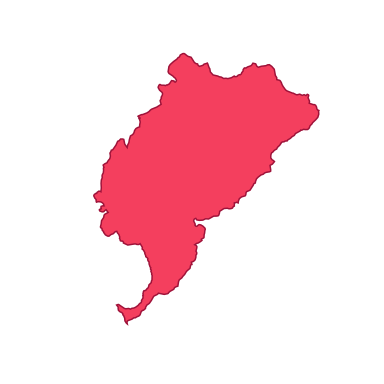 the district of Rastolita, Mures, Romania, rotated 20°
{"feature_id": "2599482B10826612307233", "entity_name": "Rastolita", "entity_type": "district", "adm_level": 2, "iso_a3": "ROU", "parent_name": "Romania", "parent_adm1": "Mures", "projection": "mercator", "projection_center": [25.011, 47.006], "detail": "fine", "context": "isolated", "style": "filled", "palette": "rose", "viewbox_px": 384, "rotation_deg": 20, "n_neighbors": 0, "source": "geoboundaries", "source_scale": "gbopen_adm2", "svg_char_len": 6032}
<svg xmlns="http://www.w3.org/2000/svg" viewBox="0 0 384 384"><g transform="rotate(20 192 192)"><path d="M176.3,338.1L175.5,336.8L175.4,335.5L175.8,334.8L179.1,332.0L180.3,330.2L181.9,329.5L182.7,328.3L184.5,326.7L185.2,325.3L185.2,321.7L186.0,320.2L186.8,319.7L187.7,318.3L188.1,317.2L187.8,316.0L188.4,313.3L189.0,312.7L190.0,311.2L190.9,307.9L191.6,303.5L192.0,302.6L194.2,300.4L194.8,299.5L195.0,298.6L200.9,297.7L203.7,296.0L204.3,295.4L204.4,294.7L205.3,292.9L208.1,289.7L208.3,287.8L209.5,286.4L210.9,285.4L210.0,280.7L210.1,278.8L211.8,276.2L212.2,274.5L213.3,272.0L213.9,268.8L214.4,267.6L216.2,264.5L215.8,261.4L216.1,260.4L216.7,260.1L215.4,258.2L217.2,256.6L218.1,254.7L218.0,252.2L217.3,250.0L217.6,248.9L217.4,247.8L216.9,247.0L216.0,246.3L215.6,242.8L215.2,241.5L214.2,240.8L212.6,240.6L214.0,238.6L215.2,237.9L217.0,235.6L217.9,234.1L217.1,233.6L216.9,233.2L218.7,231.1L218.8,230.6L218.0,228.0L217.9,226.3L217.3,223.9L217.2,222.5L216.6,221.6L214.1,220.4L211.6,219.9L209.8,220.2L209.3,220.8L208.3,222.6L207.2,222.8L206.1,222.1L206.0,221.1L203.5,218.7L203.3,217.5L203.5,216.5L204.6,215.5L206.0,216.6L208.7,216.1L211.8,214.7L214.0,212.5L216.8,211.7L220.6,207.3L223.8,206.0L224.9,205.2L225.1,204.4L225.0,202.4L224.6,200.7L227.7,196.6L230.7,195.2L232.6,195.1L234.3,194.3L235.5,193.3L235.8,191.7L236.1,191.1L236.6,190.8L235.5,187.7L236.5,187.3L237.4,186.4L239.1,186.5L238.7,184.4L238.8,182.0L240.2,179.7L243.3,177.4L243.5,176.3L243.0,173.9L243.2,173.0L245.9,170.5L247.2,164.7L247.3,162.9L248.4,161.9L248.1,160.4L248.1,157.6L249.1,155.4L251.0,152.4L252.9,150.9L253.7,149.3L255.1,148.1L258.1,146.4L258.8,145.5L258.3,144.1L256.2,140.3L258.0,138.3L259.1,135.2L257.8,134.6L256.2,134.3L254.6,133.2L254.1,132.4L253.4,130.1L253.4,128.0L254.3,126.8L255.0,124.9L256.1,123.4L256.8,122.8L257.0,121.2L257.3,120.2L258.4,118.2L258.7,116.9L258.7,116.2L259.0,116.1L259.1,114.8L260.3,113.7L261.2,113.5L262.1,112.3L264.0,111.4L264.0,110.6L266.2,107.8L267.0,106.0L268.8,103.8L269.2,101.7L272.8,97.6L272.9,96.7L274.0,96.4L275.3,95.0L277.4,94.5L279.3,93.7L279.9,92.8L280.3,91.6L280.3,89.3L281.4,87.1L281.6,85.7L283.6,81.7L284.7,78.8L284.5,75.5L283.3,72.7L283.0,72.4L283.2,72.0L282.0,71.9L281.0,71.3L279.9,69.5L278.5,68.2L277.3,68.0L276.1,68.4L271.8,68.5L271.4,66.5L268.8,63.7L268.7,61.5L268.2,60.9L266.9,60.8L266.1,62.4L264.1,62.2L262.5,63.5L259.8,63.2L257.5,64.7L256.6,64.9L253.3,64.5L252.6,64.7L248.9,64.6L246.5,64.5L244.9,64.0L241.4,61.6L239.7,60.1L238.5,58.6L237.0,57.4L236.2,57.1L233.2,57.4L232.5,55.5L230.5,54.0L227.3,48.5L224.0,46.7L221.2,45.9L219.5,46.7L218.3,48.0L214.0,50.2L211.7,52.1L210.0,51.7L208.0,49.8L205.2,50.1L204.7,52.3L204.2,53.2L201.4,55.5L200.3,57.0L198.8,57.5L198.2,59.4L198.6,60.8L197.9,63.0L198.0,64.0L197.4,65.2L196.5,65.5L195.4,66.5L194.9,67.8L194.1,68.4L192.7,69.0L192.0,68.6L190.0,71.1L186.9,73.2L185.0,73.5L182.9,74.5L180.2,74.0L178.2,74.4L176.7,74.2L171.8,74.8L168.2,72.9L166.5,70.0L165.6,69.4L162.9,66.1L162.2,65.6L161.6,66.3L159.6,67.7L158.9,69.2L158.3,69.7L156.0,71.4L154.2,70.7L153.4,69.7L152.0,70.0L150.0,69.5L145.1,65.7L141.5,65.9L138.1,64.7L137.1,64.6L135.9,65.2L134.1,67.3L134.0,69.4L133.0,70.4L132.3,72.4L130.1,75.6L127.9,79.7L127.4,82.0L128.4,87.1L129.0,87.8L129.9,88.5L134.2,89.5L135.8,90.3L137.0,90.6L138.8,91.9L139.2,92.4L139.2,93.5L138.9,94.3L138.4,94.5L137.6,94.4L137.1,93.8L134.7,94.3L133.7,98.3L133.0,98.9L132.4,99.8L131.5,100.1L130.6,101.1L129.2,101.2L126.7,102.1L125.2,101.9L124.8,102.1L124.4,103.0L124.3,105.0L124.6,105.6L126.7,107.4L130.0,108.7L130.7,109.7L131.0,111.1L130.6,113.5L131.1,114.1L131.1,114.5L130.8,117.1L133.0,120.2L129.8,124.3L125.7,128.0L124.9,129.2L124.1,131.1L122.6,133.1L119.1,136.1L118.0,136.6L115.4,139.1L115.4,139.4L116.5,139.7L116.9,140.9L117.7,140.3L117.9,140.3L117.7,141.4L119.4,143.9L119.9,147.0L120.5,148.7L118.7,150.2L117.6,151.6L117.0,153.8L117.2,155.9L116.9,157.5L116.5,158.5L115.0,160.3L115.2,164.1L115.8,167.3L115.5,169.8L115.9,172.4L112.4,170.0L109.9,165.9L108.7,165.9L106.8,166.6L105.9,168.9L105.0,169.5L104.8,170.0L104.5,174.0L103.2,178.9L103.1,179.4L101.9,180.3L101.9,181.9L101.6,183.5L103.0,186.1L103.3,187.7L103.3,189.1L102.7,190.6L102.2,192.5L102.3,193.4L100.4,195.3L99.3,197.1L100.9,199.1L100.6,199.7L100.9,200.7L101.4,201.5L102.1,204.4L101.8,206.5L102.0,207.8L102.6,208.7L102.8,210.3L102.7,211.7L103.6,215.0L105.4,219.2L106.3,222.9L105.5,222.7L104.1,223.1L102.9,224.9L102.9,225.9L102.2,226.1L101.0,227.8L101.0,229.2L102.8,231.0L104.5,231.9L104.8,232.5L104.9,233.2L105.7,234.2L107.1,233.2L109.6,232.5L111.6,232.8L113.2,233.7L113.6,234.8L114.0,235.1L112.6,235.7L111.5,236.6L111.9,238.2L112.5,238.8L111.1,240.0L111.0,240.5L111.9,241.4L114.4,241.4L115.5,240.9L116.0,240.4L116.2,239.6L117.3,238.0L120.2,239.9L117.7,242.7L117.3,243.8L117.7,246.2L116.8,249.9L117.6,253.2L117.8,255.6L118.0,256.3L118.5,256.8L119.7,257.0L120.9,258.8L122.4,259.4L122.8,260.2L125.3,261.9L127.7,262.3L129.1,261.9L130.4,259.7L132.3,258.1L133.5,255.5L134.8,254.7L135.9,255.9L137.7,256.9L139.5,259.0L139.8,260.5L140.6,261.1L141.2,262.2L141.8,262.4L143.7,261.9L144.8,262.6L145.0,263.4L149.8,263.8L155.7,260.5L157.1,260.0L157.7,260.2L159.3,259.8L160.1,259.4L160.9,258.3L164.2,260.9L164.7,262.7L166.1,263.1L168.5,265.2L168.7,266.0L170.3,267.7L170.7,268.6L172.8,269.3L173.3,269.7L173.4,270.5L174.2,271.7L175.6,272.5L176.3,274.3L178.2,276.7L179.1,277.2L179.1,277.7L179.4,278.7L180.5,279.5L180.5,280.6L182.0,282.2L182.2,283.1L183.3,284.4L183.3,284.8L184.5,288.4L184.3,289.6L184.7,291.0L183.3,294.1L183.5,294.9L183.6,296.6L183.2,297.7L182.8,298.1L182.5,299.5L181.4,300.9L180.6,301.2L180.4,302.5L180.7,303.7L180.7,304.5L181.5,305.5L181.2,306.0L181.2,306.3L181.6,306.6L182.2,308.5L181.6,311.1L182.0,311.8L182.0,313.4L181.3,314.2L180.5,315.8L180.5,316.1L180.1,317.1L178.3,319.7L176.8,321.1L175.3,321.8L174.2,323.1L172.3,323.1L169.7,324.4L168.3,324.5L161.5,322.8L160.7,323.2L159.8,324.0L162.0,325.4L162.5,326.9L163.4,328.4L165.3,329.2L167.2,329.3L168.7,330.1L169.0,331.0L170.1,331.6L171.9,333.6L173.1,336.1L175.2,337.7L176.3,338.1Z" fill="#f43f5e" stroke="#9f1239" stroke-width="1.5"/></g></svg>